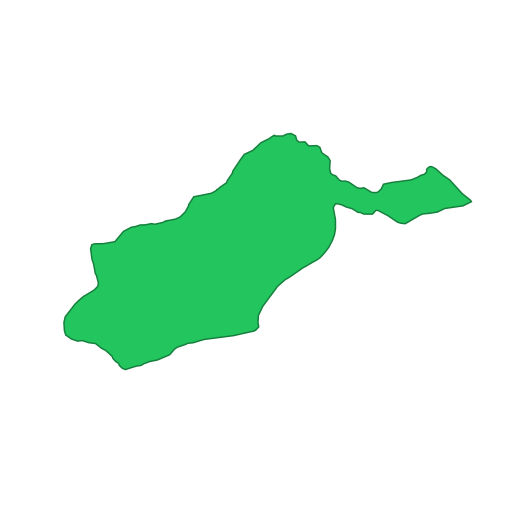 Santa Catarina Ixtahuacán, Sololá, Guatemala (Mercator projection), rotated 218°
{"feature_id": "79465075B97067153005308", "entity_name": "Santa Catarina Ixtahuacán", "entity_type": "district", "adm_level": 2, "iso_a3": "GTM", "parent_name": "Guatemala", "parent_adm1": "Sololá", "projection": "mercator", "projection_center": [-91.393, 14.713], "detail": "fine", "context": "isolated", "style": "filled", "palette": "green", "viewbox_px": 512, "rotation_deg": 218, "n_neighbors": 0, "source": "geoboundaries", "source_scale": "gbopen_adm2", "svg_char_len": 2381}
<svg xmlns="http://www.w3.org/2000/svg" viewBox="0 0 512 512"><g transform="rotate(218 256 256)"><path d="M316.0,362.3L318.4,355.4L321.8,348.4L323.6,337.1L327.8,328.9L327.6,322.5L326.5,308.3L325.6,306.9L325.0,297.5L324.3,295.6L326.9,287.3L326.9,285.2L327.6,284.7L327.9,282.1L330.0,277.7L337.1,269.4L341.5,264.4L340.7,255.0L340.0,254.0L338.9,247.3L339.8,240.1L342.1,235.6L344.9,232.3L348.9,227.8L350.0,225.2L355.2,218.8L358.4,217.1L362.5,212.3L366.3,209.2L369.2,204.9L372.0,201.8L375.6,193.7L376.0,180.4L383.5,172.1L390.6,166.3L392.3,163.9L390.9,160.0L383.3,152.5L379.2,149.8L371.6,143.1L370.3,142.8L364.0,138.1L362.0,134.9L362.6,129.4L367.0,118.0L368.1,112.9L369.0,106.6L368.9,90.7L366.4,85.3L361.0,79.2L357.3,76.6L350.5,76.9L344.2,79.1L340.8,82.4L334.3,84.8L328.6,88.2L320.9,88.2L316.4,89.0L311.2,88.7L307.4,88.3L305.7,87.2L301.5,86.5L298.1,86.8L296.3,85.6L292.1,85.2L288.9,86.2L287.3,88.7L282.4,95.7L279.3,98.9L278.0,102.2L274.7,107.5L269.7,113.3L263.2,125.1L262.9,132.3L261.9,135.6L257.2,142.8L255.9,145.4L252.4,148.6L248.4,154.3L245.5,158.3L240.9,163.0L224.6,179.5L215.1,191.2L211.3,195.7L211.3,196.5L210.6,197.1L210.2,201.8L213.4,204.7L217.6,210.8L219.7,220.7L220.3,245.5L218.6,254.7L216.3,260.9L211.8,275.4L210.7,278.0L210.2,279.1L209.5,281.0L207.1,287.0L205.7,290.1L205.4,291.3L204.8,292.9L204.4,294.8L203.9,301.3L204.0,307.7L205.4,315.3L207.2,320.9L210.0,326.2L215.7,333.5L224.9,341.7L225.5,345.8L224.0,347.3L220.3,349.0L215.0,350.2L209.3,352.5L202.5,353.2L200.4,354.6L196.9,355.4L190.2,360.5L189.8,361.7L189.8,363.4L189.8,364.7L189.5,365.8L188.6,366.6L187.9,367.0L177.1,369.0L165.2,369.8L162.3,370.9L158.3,373.3L152.0,389.1L150.3,392.0L145.9,396.1L140.1,402.3L136.5,409.7L123.8,422.9L119.7,431.4L121.2,432.0L131.8,432.1L150.2,435.2L158.6,434.7L167.4,435.4L170.6,435.0L172.9,434.4L174.2,433.2L174.6,431.8L174.9,430.4L174.6,428.8L174.0,428.3L173.4,427.4L173.4,425.5L173.7,424.0L175.8,421.0L177.4,417.0L180.6,411.5L187.9,404.0L194.5,397.3L199.7,391.1L198.6,385.9L199.2,381.6L200.4,379.9L203.8,377.4L213.0,376.2L215.5,373.4L218.5,372.0L228.3,371.4L231.7,370.1L234.2,367.9L237.1,367.1L242.4,368.2L246.1,367.1L248.2,367.2L251.8,370.2L256.3,376.8L260.4,378.3L267.6,377.8L272.5,380.9L275.9,380.5L282.3,375.2L287.7,376.1L292.1,372.3L295.1,372.3L298.8,375.0L303.8,374.1L307.0,370.7L308.7,367.1L314.3,362.7L316.0,362.3Z" fill="#22c55e" stroke="#15803d" stroke-width="1.5"/></g></svg>